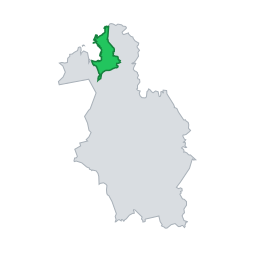 Kazakhstan, with Atyrau highlighted, rotated 83°
{"feature_id": "KAZ-3198", "entity_name": "Atyrau", "entity_type": "Region", "adm_level": 1, "iso_a3": "KAZ", "parent_name": "Kazakhstan", "parent_adm1": "", "projection": "albers", "projection_center": [51.054, 47.461], "detail": "fine", "context": "in_parent", "style": "filled", "palette": "green", "viewbox_px": 256, "rotation_deg": 83, "n_neighbors": 0, "source": "natural_earth", "source_scale": "10m", "svg_char_len": 7637}
<svg xmlns="http://www.w3.org/2000/svg" viewBox="0 0 256 256"><g transform="rotate(83 128 128)"><path d="M165.9,169.1L164.7,170.0L164.2,171.3L163.1,171.2L161.7,173.7L156.9,178.2L154.5,183.4L154.8,185.4L153.9,185.6L151.3,184.6L151.3,182.8L150.0,181.7L142.6,183.4L140.0,177.2L137.0,177.7L136.0,169.7L134.5,170.9L132.0,167.8L127.9,165.2L125.5,167.0L118.1,167.6L111.2,169.7L105.6,164.9L104.4,163.2L89.3,155.4L74.8,161.1L76.7,191.0L73.4,191.4L69.5,186.2L64.9,183.4L58.5,185.1L55.2,188.2L54.9,185.6L55.8,182.9L55.6,180.2L51.4,179.3L49.7,177.0L47.8,176.9L47.8,174.4L46.4,172.2L45.0,168.6L42.1,167.5L41.7,166.3L41.9,165.4L42.6,165.0L45.2,165.0L47.1,166.0L49.2,165.8L47.8,165.1L46.1,162.6L48.4,159.0L54.2,158.6L58.7,159.1L56.2,157.2L58.1,152.1L57.7,149.8L58.2,148.2L57.6,146.6L56.7,145.9L54.3,145.6L52.4,147.0L49.5,145.4L47.0,144.7L42.8,146.6L39.8,148.9L36.7,149.4L36.8,150.3L36.4,150.1L35.9,150.5L36.1,150.9L32.6,148.9L32.1,148.2L32.1,147.6L34.2,147.9L34.6,147.3L30.5,139.5L26.7,138.6L25.7,139.1L24.7,137.3L24.6,135.0L22.5,133.4L22.3,132.1L22.9,130.2L24.8,127.5L23.7,125.6L23.9,124.5L24.9,121.7L26.3,120.6L26.8,118.4L27.8,117.4L28.9,117.6L32.0,122.0L32.5,122.2L34.3,121.5L34.7,120.8L33.7,115.9L34.7,116.0L37.4,114.0L38.3,112.1L40.0,111.8L42.5,110.3L45.0,107.0L46.9,107.6L47.8,109.0L49.2,109.0L52.3,107.1L54.1,108.9L58.0,108.8L62.2,112.3L63.8,114.3L64.1,115.9L64.6,116.3L65.0,115.3L64.4,112.9L64.8,112.4L68.7,115.0L70.4,115.6L72.2,114.4L72.7,113.3L74.3,111.8L75.0,112.0L77.0,111.2L79.3,112.5L80.4,112.1L81.2,110.6L83.9,110.6L86.9,113.4L89.9,113.7L90.4,114.7L91.8,113.8L92.8,111.4L94.9,112.6L97.5,112.1L99.6,110.5L100.2,107.4L100.0,106.6L98.9,105.8L94.1,104.7L93.6,103.8L91.7,102.7L93.4,100.9L94.6,100.5L96.1,98.8L94.6,96.2L95.7,93.7L100.3,93.3L100.7,92.7L100.3,91.9L98.4,91.2L96.1,91.0L95.9,90.6L96.1,89.7L97.5,88.9L97.1,88.5L96.0,88.9L94.7,88.5L95.5,85.1L98.9,85.2L110.4,79.8L112.6,79.3L113.4,79.6L113.9,78.1L114.9,77.0L118.3,76.0L126.8,71.7L127.0,71.0L126.7,70.2L128.1,69.5L129.8,67.6L132.2,67.3L135.7,68.0L138.0,66.2L139.1,67.4L141.5,71.2L141.8,73.1L141.6,74.0L141.9,74.4L143.1,74.5L146.1,73.3L146.7,72.1L148.1,73.4L148.8,74.8L149.3,74.2L149.0,73.5L149.2,73.0L150.6,72.9L152.4,73.6L154.4,72.3L154.5,73.2L153.3,75.4L153.5,76.3L154.4,77.3L156.1,75.4L157.8,75.2L158.7,75.7L158.8,74.3L160.1,72.4L161.8,71.3L162.3,70.4L162.3,69.4L167.8,64.6L167.7,67.1L166.6,67.5L167.3,68.3L175.6,71.9L188.2,82.7L192.8,87.2L194.4,85.1L193.8,83.2L194.8,81.8L197.0,81.9L197.4,83.6L199.0,83.1L200.0,84.6L205.0,82.6L205.7,80.8L208.2,78.9L211.7,79.3L215.3,82.4L219.1,82.3L219.7,83.5L221.8,85.0L226.7,83.7L228.1,80.5L228.7,81.0L228.6,82.2L229.8,82.3L231.4,83.4L232.8,83.3L233.7,84.1L231.4,85.6L231.4,86.6L232.2,88.4L232.0,90.0L228.6,92.9L229.2,96.9L232.1,101.5L231.9,103.3L230.8,104.1L229.2,106.7L228.1,105.9L224.8,107.5L219.1,108.1L220.5,121.6L220.8,122.2L222.6,122.2L223.1,123.2L223.1,124.7L221.5,124.6L220.0,125.7L218.0,124.9L210.3,131.0L209.7,132.3L210.6,132.7L212.0,132.1L213.5,132.3L213.3,133.8L214.7,137.3L217.9,140.7L218.8,142.5L219.9,143.4L219.8,143.9L219.0,144.0L218.0,145.2L218.2,145.7L219.4,146.1L217.9,147.9L218.0,148.9L219.7,151.6L219.6,152.1L217.3,151.0L214.3,151.5L211.7,150.0L199.1,152.8L192.7,155.3L191.8,156.6L190.2,157.0L186.7,156.9L182.6,155.9L181.2,156.7L179.4,158.9L179.6,162.3L180.4,163.6L172.6,162.9L169.5,163.3L166.7,164.8L165.4,168.4L165.9,169.1ZM41.3,163.1L40.8,163.3L40.2,162.4L40.4,161.6L40.9,161.3L40.5,162.3L41.3,163.1ZM55.7,158.5L55.2,158.4L55.0,158.0L55.5,157.6L55.7,158.5Z" fill="#d9dde1" stroke="#a8b0b8" stroke-width="1"/><path d="M26.0,139.5L25.0,138.8L24.9,138.6L24.7,138.4L24.8,138.3L24.9,138.1L25.0,138.0L25.0,137.9L24.8,137.6L24.4,137.1L24.5,136.9L24.9,136.7L25.2,136.5L25.2,136.3L25.2,136.2L24.9,136.2L24.8,135.9L24.9,135.6L24.7,135.3L24.7,135.2L24.8,135.1L24.9,134.9L34.6,136.8L37.5,137.8L37.6,137.2L40.1,137.1L44.6,134.0L45.0,133.9L45.2,133.6L45.5,133.5L45.8,133.5L46.3,132.8L46.9,132.3L47.5,132.2L48.0,132.0L50.1,132.3L50.5,132.4L50.6,132.6L50.4,133.3L51.3,133.6L51.7,133.7L52.2,133.7L52.4,133.4L54.3,134.0L54.7,133.9L54.7,133.5L54.8,132.5L55.6,131.3L55.5,130.3L56.3,129.3L56.6,129.3L58.5,129.3L59.1,129.1L59.3,129.0L59.2,128.7L59.3,128.6L60.3,127.5L60.7,127.8L61.4,128.1L61.4,128.4L61.6,128.5L62.0,127.9L62.4,128.9L62.6,129.8L62.6,130.6L62.7,131.0L62.6,131.3L64.6,131.7L64.9,130.9L65.1,130.5L65.3,130.4L65.6,130.4L65.8,130.7L66.1,130.9L66.5,130.9L66.8,131.8L66.8,132.2L66.7,132.4L66.6,133.4L66.9,134.3L67.2,135.3L67.2,136.2L67.8,136.8L68.4,138.8L68.5,139.8L68.2,142.6L68.3,143.8L68.8,144.5L69.3,145.7L70.1,146.7L71.2,147.7L75.7,149.1L75.9,149.9L76.4,150.6L76.6,151.0L76.7,151.5L77.1,152.0L76.4,151.8L76.1,151.8L75.7,151.7L75.1,151.7L74.8,151.5L74.5,151.2L74.0,151.3L73.4,151.0L73.3,150.3L72.8,149.8L72.4,150.1L71.2,149.2L70.0,150.3L68.1,150.5L63.7,151.6L63.5,151.8L63.2,151.8L62.7,152.0L61.9,153.2L61.4,153.8L61.7,154.2L60.5,155.0L57.7,155.8L56.7,155.6L56.8,155.4L57.0,155.3L57.2,155.1L57.2,154.9L57.3,154.6L57.4,154.4L57.6,154.2L57.7,153.8L57.9,153.6L57.9,153.3L57.9,153.1L58.0,153.0L58.0,152.8L58.0,152.7L58.1,152.1L58.2,151.4L58.2,150.8L58.0,150.4L57.8,150.1L57.5,149.8L57.8,150.0L57.8,149.9L57.7,149.8L57.7,149.6L57.8,149.5L57.7,149.5L57.4,149.7L57.3,149.3L57.5,149.0L57.8,149.1L57.8,148.7L58.0,148.7L58.1,148.4L58.3,148.4L58.4,147.9L58.1,147.7L57.8,147.6L57.8,147.2L57.7,146.7L57.6,146.4L57.3,146.3L57.2,146.3L57.1,146.2L56.8,145.9L56.5,145.8L56.0,146.0L55.7,145.9L55.1,145.9L54.9,145.9L54.6,145.6L54.2,145.5L54.0,145.9L54.0,146.0L53.7,146.3L53.1,146.6L52.9,146.6L52.7,146.5L52.9,146.8L53.0,146.9L53.0,147.0L52.3,147.1L52.1,147.0L52.0,146.9L51.9,146.8L51.7,146.6L51.6,146.4L51.8,146.2L51.7,146.1L51.4,146.5L51.1,146.6L50.9,146.5L50.8,146.4L51.0,146.2L50.9,146.1L50.5,146.3L50.4,146.3L50.2,146.2L49.9,145.9L49.9,145.4L49.8,145.1L49.7,145.1L49.5,145.4L49.5,145.5L49.4,145.7L49.2,145.6L49.1,145.3L49.0,145.2L48.8,145.1L48.5,145.0L48.2,144.9L47.5,144.8L47.2,144.6L46.8,144.8L46.6,145.0L45.9,145.1L45.6,145.4L45.5,145.5L45.4,145.4L45.2,145.3L45.2,145.5L44.7,146.3L44.5,146.2L44.7,145.9L44.4,146.1L44.2,146.2L43.9,146.1L43.9,146.3L43.8,146.7L43.8,146.8L43.7,146.9L43.6,147.0L43.6,146.8L43.7,146.7L43.4,146.6L43.2,146.7L42.9,146.5L42.9,146.4L42.8,146.6L42.6,147.1L42.5,146.8L42.3,147.1L42.2,147.2L41.8,147.7L41.7,147.8L41.6,147.7L41.4,147.6L40.9,148.2L40.7,148.4L40.6,148.6L40.3,148.6L40.2,148.6L40.0,148.8L39.8,148.9L39.8,149.0L39.7,149.0L39.4,149.1L39.4,149.3L39.2,149.3L39.2,149.1L39.1,149.3L38.9,149.2L38.7,149.1L38.7,149.4L38.7,149.5L38.4,149.0L38.3,149.5L38.2,149.4L38.1,149.5L38.0,149.4L37.9,149.3L37.6,149.2L37.4,149.0L37.4,148.8L37.4,149.1L37.5,149.3L37.6,149.5L37.4,149.5L37.4,149.3L37.3,149.2L37.2,149.2L37.2,149.3L37.0,149.2L36.8,149.2L36.6,149.0L36.5,148.9L36.6,149.1L36.9,149.5L37.0,149.8L36.9,149.7L36.7,149.7L36.5,149.4L36.4,149.4L36.4,149.5L36.5,149.7L36.5,149.9L36.8,150.2L36.9,150.3L36.8,150.5L36.6,150.3L36.5,150.2L36.3,149.9L36.2,149.8L36.2,150.0L36.4,150.4L36.3,150.5L36.2,150.4L35.8,150.3L35.7,150.3L35.8,150.5L36.0,150.6L36.0,151.0L34.9,150.3L34.5,150.0L34.3,149.8L34.2,149.7L33.9,149.7L33.4,149.4L33.3,149.2L33.1,149.1L32.9,149.0L32.4,149.0L32.2,148.9L32.3,148.7L32.2,148.4L32.0,148.2L31.9,148.2L32.1,147.6L32.4,147.3L32.7,147.3L33.0,147.4L33.1,147.5L33.4,148.0L33.5,148.0L34.4,147.9L34.5,147.7L34.9,147.4L33.2,144.6L32.5,142.4L32.4,142.2L32.1,141.9L31.9,141.9L31.7,141.7L31.5,141.3L30.5,139.5L30.2,139.2L29.8,139.0L27.6,138.9L26.5,138.3L26.4,138.3L26.2,138.5L26.2,139.0L26.1,139.4L26.1,139.5L26.0,139.5ZM39.4,151.2L39.5,151.4L39.5,151.6L39.4,152.0L39.1,151.9L39.1,151.7L38.8,151.0L38.8,150.8L39.0,150.8L39.2,151.0L39.3,151.1L39.4,151.2Z" fill="#22c55e" stroke="#15803d" stroke-width="1.5"/></g></svg>